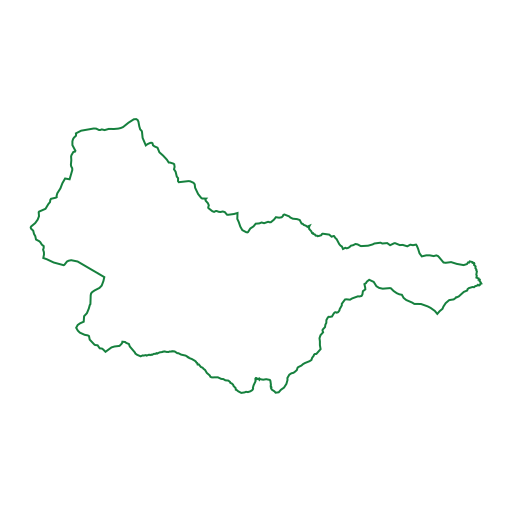 outline of Quijos, Napo, Ecuador
{"feature_id": "8360857B2766573114879", "entity_name": "Quijos", "entity_type": "district", "adm_level": 2, "iso_a3": "ECU", "parent_name": "Ecuador", "parent_adm1": "Napo", "projection": "mercator", "projection_center": [-77.926, -0.452], "detail": "fine", "context": "isolated", "style": "outline", "palette": "green", "viewbox_px": 512, "rotation_deg": 0, "n_neighbors": 0, "source": "geoboundaries", "source_scale": "gbopen_adm2", "svg_char_len": 6040}
<svg xmlns="http://www.w3.org/2000/svg" viewBox="0 0 512 512"><path d="M437.3,313.9L439.6,311.2L442.5,308.8L443.4,306.6L445.7,303.1L449.2,300.1L453.7,299.4L456.0,297.7L456.2,297.2L457.1,297.2L458.8,296.4L463.8,291.9L467.2,290.5L467.6,289.1L468.9,288.1L472.5,287.0L474.0,287.2L475.3,286.1L476.8,285.8L477.9,284.8L479.0,285.5L480.2,284.6L480.4,283.7L481.3,283.5L480.4,281.9L479.7,281.4L479.8,279.8L478.6,279.8L478.7,278.5L476.4,277.6L476.8,275.8L476.3,274.7L476.9,271.3L476.3,270.5L476.4,269.6L475.4,268.1L475.6,266.4L474.0,264.9L474.4,263.7L474.1,263.0L472.6,262.9L472.5,262.1L469.7,261.4L469.0,262.6L468.1,262.4L466.9,264.1L463.6,265.1L456.8,263.9L451.1,262.1L445.7,262.8L443.5,262.5L438.9,257.0L437.9,256.0L436.3,255.4L433.7,256.1L429.6,255.3L426.4,255.3L421.8,256.4L419.5,253.3L418.1,248.8L416.8,245.7L416.0,244.6L413.0,245.2L410.3,244.7L407.3,246.3L402.7,244.9L399.8,245.1L395.2,243.2L394.3,243.2L390.1,245.2L387.2,243.1L382.3,243.5L380.5,242.7L374.4,243.5L372.7,244.4L368.1,245.7L361.3,246.1L360.6,246.0L357.6,244.4L355.5,244.0L353.1,245.2L350.9,245.7L349.5,247.1L347.9,248.0L346.6,248.3L345.3,247.8L343.0,249.0L341.9,246.5L340.6,245.7L339.3,244.2L336.6,239.1L335.5,238.2L334.1,236.1L333.6,236.0L331.6,236.7L329.2,234.6L322.7,233.7L321.9,234.1L321.3,235.2L319.1,235.9L317.6,236.2L317.1,235.7L315.6,235.6L314.9,234.5L313.2,233.9L313.1,233.2L312.1,233.1L311.3,231.3L309.2,229.0L309.2,228.2L308.6,227.6L309.6,225.7L307.2,226.7L305.9,225.7L303.7,224.9L302.7,223.8L301.6,223.6L299.7,220.0L297.0,219.1L292.8,218.7L290.3,217.5L289.2,216.4L284.4,214.5L283.4,214.9L282.8,216.2L281.6,217.3L279.1,217.7L275.9,217.2L274.0,219.6L270.9,222.2L269.8,222.3L268.1,221.8L264.1,223.2L261.6,222.5L259.3,223.4L255.7,223.7L253.5,226.4L250.3,228.5L248.0,232.1L247.5,232.4L246.2,232.2L242.3,230.1L240.3,226.6L238.7,221.9L237.3,218.9L237.5,213.0L234.0,214.0L228.1,214.8L227.0,214.7L224.8,212.1L222.8,211.5L220.4,212.0L218.7,211.8L216.6,211.0L215.6,211.1L214.1,211.9L212.3,211.2L208.4,208.1L208.2,207.4L208.8,205.3L207.9,203.2L205.6,200.6L205.4,199.4L206.1,198.6L202.1,198.5L201.1,197.8L198.1,194.0L195.1,187.7L194.7,184.3L193.5,182.8L190.2,181.3L188.5,181.1L178.8,182.2L178.0,181.1L178.1,178.2L176.8,176.6L175.6,171.7L174.0,169.3L174.6,166.9L174.2,164.2L173.3,163.6L169.8,162.5L168.7,162.5L166.9,159.7L163.1,155.6L159.4,152.3L157.5,147.7L154.5,146.4L153.0,145.3L152.5,143.3L151.8,142.8L150.6,142.8L149.3,143.3L147.4,144.2L145.8,145.4L142.6,137.9L142.0,131.9L141.6,130.8L140.2,129.4L139.3,126.4L138.4,121.6L137.6,120.0L136.2,119.1L133.8,119.3L128.5,122.7L123.0,127.1L120.8,128.0L118.3,128.6L113.9,129.0L108.8,128.9L104.6,130.1L101.8,129.4L100.2,130.0L99.0,130.0L96.1,128.6L93.7,128.5L81.1,130.7L75.9,133.4L76.1,134.7L75.9,135.8L73.9,137.7L73.0,139.2L72.4,141.3L72.4,145.1L75.4,150.8L74.9,151.7L73.4,151.9L71.5,155.1L71.1,156.4L71.3,160.3L70.9,164.8L71.2,166.4L72.2,168.2L72.3,170.0L69.6,179.3L65.1,178.5L62.4,183.2L60.4,188.4L57.3,193.3L56.6,195.9L56.7,197.2L55.8,197.7L51.0,198.8L50.3,200.0L50.0,202.1L48.4,204.0L45.5,208.8L39.1,211.6L38.7,212.2L39.0,216.2L37.7,219.6L35.2,223.1L31.1,226.5L30.7,227.4L31.0,228.6L33.2,230.7L34.0,233.9L35.3,236.2L36.0,239.5L39.2,241.2L40.3,242.2L41.8,244.6L43.7,246.1L43.7,247.9L43.1,249.7L43.9,252.1L44.0,254.4L43.3,258.0L46.7,259.2L53.7,262.5L63.7,265.2L64.4,264.8L67.0,261.5L68.7,260.7L71.2,260.2L77.6,261.5L104.3,277.1L103.4,281.1L101.7,285.6L99.5,287.9L94.5,290.5L92.2,292.1L91.1,293.4L90.7,295.2L90.4,304.1L89.8,305.0L88.8,308.6L86.9,313.2L84.1,316.2L83.7,321.7L80.1,323.3L77.7,325.0L76.2,327.8L77.8,330.6L79.8,332.6L84.6,334.8L87.8,335.4L89.0,336.1L89.7,339.6L94.4,344.6L95.1,345.0L97.6,345.3L99.7,348.3L102.0,348.6L103.1,349.4L105.5,351.8L111.5,347.4L114.5,346.5L119.5,345.9L121.5,343.9L122.2,342.8L122.4,341.7L125.1,342.0L126.2,342.9L128.9,344.0L129.8,346.5L135.0,352.6L135.3,353.5L137.1,354.8L140.6,356.3L142.8,355.4L143.5,355.6L145.9,355.1L146.6,355.6L149.1,354.7L150.1,355.1L151.4,354.6L151.9,354.9L153.8,353.9L155.6,353.8L156.1,353.4L156.8,353.6L157.0,353.2L157.5,353.4L159.6,352.4L162.4,352.0L163.2,351.5L163.9,351.7L164.6,351.4L166.4,351.9L168.5,352.0L169.6,351.5L171.1,351.6L171.7,351.3L172.2,351.5L172.9,351.1L173.8,351.5L174.6,351.4L177.3,353.2L178.4,353.2L181.1,354.6L185.6,355.6L187.2,356.5L187.6,357.2L188.5,357.2L189.1,358.0L191.8,359.0L194.9,360.8L195.9,361.6L196.3,362.5L197.2,363.0L197.6,364.5L198.8,364.4L200.9,367.0L202.6,367.7L203.5,368.8L205.1,370.0L206.8,372.9L209.7,375.4L210.4,376.8L211.0,377.1L211.9,377.4L217.8,377.3L221.2,378.9L223.4,379.1L225.3,380.3L228.3,380.6L230.0,381.9L230.3,382.8L231.8,383.5L233.1,384.7L233.5,385.9L235.6,388.1L235.8,389.7L236.4,389.8L238.2,391.3L241.3,392.9L244.6,392.4L246.0,391.8L247.9,392.1L250.4,391.3L252.3,390.1L253.1,388.8L252.9,387.8L253.6,385.3L255.5,381.3L255.4,378.6L255.9,378.0L256.5,378.1L256.8,379.2L258.1,378.8L259.0,379.5L259.0,378.6L259.3,378.4L260.2,379.2L263.2,379.7L266.2,379.2L269.8,379.9L270.4,380.9L270.9,384.6L270.7,385.9L271.1,386.4L270.8,386.9L271.4,387.5L271.1,388.4L271.9,389.7L274.5,391.4L275.6,392.7L278.7,392.3L280.9,389.8L284.0,387.6L286.4,383.9L287.5,380.0L287.4,378.0L289.3,374.7L291.4,373.3L293.5,372.8L295.0,371.7L296.8,370.1L297.6,367.7L298.1,367.2L301.5,365.5L302.9,364.2L304.8,363.1L309.5,361.2L311.4,360.0L312.2,357.7L313.6,355.9L314.1,354.6L314.9,354.0L316.4,353.9L320.6,349.1L319.9,345.2L319.9,341.4L319.5,338.2L320.5,335.2L323.1,332.3L322.5,330.5L322.7,329.6L325.0,327.1L325.4,324.6L326.3,322.9L326.4,320.1L327.7,317.7L328.5,316.8L329.8,316.9L332.0,316.5L333.8,313.4L334.8,312.4L335.8,312.2L336.7,312.7L338.1,312.2L339.4,310.5L339.7,309.1L341.8,305.4L341.8,303.8L345.0,299.5L346.4,299.3L350.0,299.7L352.2,298.4L358.0,296.3L359.2,296.5L361.5,296.0L362.4,294.5L362.9,291.2L365.3,289.4L365.2,287.6L364.4,284.1L366.0,283.1L366.9,281.6L369.2,279.8L373.7,281.9L376.4,286.2L379.1,287.9L382.7,288.7L389.8,288.1L390.9,288.3L393.6,291.0L396.8,293.2L399.3,294.3L401.9,294.8L403.6,297.9L406.2,300.0L412.2,302.6L414.3,303.9L421.0,304.0L427.7,306.4L430.6,307.9L434.8,310.9L437.3,313.9Z" fill="none" stroke="#15803d" stroke-width="2"/></svg>